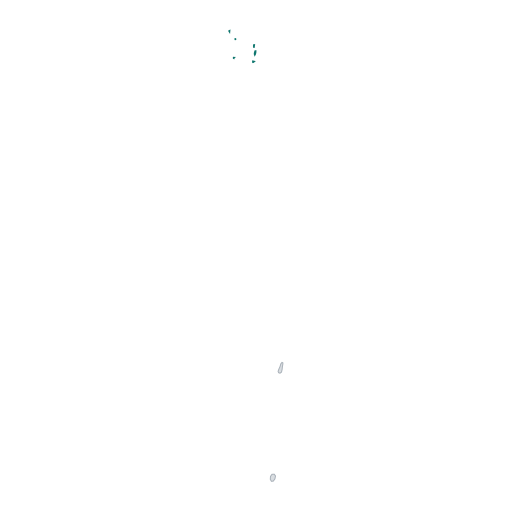 location of Haa Alifu within Maldives
{"feature_id": "MDV-5223", "entity_name": "Haa Alifu", "entity_type": "Atoll", "adm_level": 1, "iso_a3": "MDV", "parent_name": "Maldives", "parent_adm1": "", "projection": "equal_earth", "projection_center": [73.045, 6.964], "detail": "coarse", "context": "in_parent", "style": "filled", "palette": "teal", "viewbox_px": 512, "rotation_deg": 0, "n_neighbors": 0, "source": "natural_earth", "source_scale": "10m", "svg_char_len": 915}
<svg xmlns="http://www.w3.org/2000/svg" viewBox="0 0 512 512"><path d="M281.5,372.1L280.0,373.2L278.6,372.7L278.1,371.4L278.8,369.3L280.0,366.7L280.8,363.9L282.0,362.4L282.9,362.9L282.8,364.5L282.4,366.7L282.1,369.5L281.5,372.1ZM273.3,481.1L271.4,481.3L270.3,479.3L270.5,476.4L272.0,474.3L274.2,474.2L275.5,476.0L274.9,478.9L273.3,481.1Z" fill="#d9dde1" stroke="#a8b0b8" stroke-width="1"/><path d="M255.7,51.0L255.6,52.6L255.2,54.2L254.8,54.9L254.5,54.0L254.6,52.9L254.9,51.8L255.2,51.0L255.7,51.0ZM254.3,44.9L254.0,47.2L253.9,47.2L253.7,46.0L253.8,45.3L253.9,44.9L254.3,44.9ZM252.9,61.2L254.2,61.5L253.5,62.1L253.0,62.3L252.8,62.1L252.9,61.2ZM229.6,30.7L229.5,31.8L229.1,31.2L229.1,30.9L229.4,30.8L229.6,30.7ZM235.4,38.3L235.6,39.9L235.2,39.3L235.2,38.9L235.4,38.3ZM234.1,57.7L233.9,57.9L233.8,58.3L233.6,58.2L233.6,57.6L233.8,57.5L234.0,57.7L234.1,57.7Z" fill="#14b8a6" stroke="#0f766e" stroke-width="1.5"/></svg>